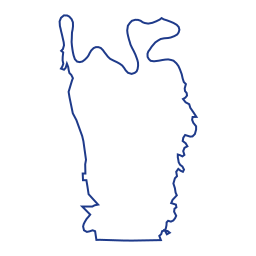 the district of Aratiba, Rio Grande do Sul, Brazil
{"feature_id": "56859067B33104884286181", "entity_name": "Aratiba", "entity_type": "district", "adm_level": 2, "iso_a3": "BRA", "parent_name": "Brazil", "parent_adm1": "Rio Grande do Sul", "projection": "natural_earth1", "projection_center": [-52.299, -27.381], "detail": "fine", "context": "isolated", "style": "outline", "palette": "blue", "viewbox_px": 256, "rotation_deg": 0, "n_neighbors": 0, "source": "geoboundaries", "source_scale": "gbopen_adm2", "svg_char_len": 2781}
<svg xmlns="http://www.w3.org/2000/svg" viewBox="0 0 256 256"><path d="M161.6,18.1L159.7,19.6L156.2,21.3L152.4,22.8L148.2,23.6L144.7,23.0L142.6,22.2L140.7,20.8L138.1,19.9L135.2,19.8L131.9,20.8L129.9,22.9L127.9,25.7L127.2,30.4L127.5,33.3L128.1,36.1L129.0,39.6L129.8,42.1L130.5,44.6L132.0,47.8L133.8,51.2L135.4,54.6L136.6,57.8L137.4,60.1L138.0,62.6L138.1,65.7L137.6,69.0L136.6,71.4L134.7,72.9L131.6,73.9L128.0,72.8L125.7,70.4L124.1,67.9L122.2,65.5L119.7,63.7L117.0,62.2L113.6,60.6L110.1,58.8L107.8,56.6L105.9,54.1L104.4,52.2L103.0,50.2L100.8,48.0L98.3,47.1L95.9,47.1L93.6,48.1L91.2,50.5L89.6,53.2L88.5,55.5L87.1,57.4L84.8,59.7L82.4,61.5L79.7,62.1L77.1,61.6L74.9,59.2L73.6,55.4L72.9,52.2L72.4,49.2L71.9,45.4L71.6,41.9L71.8,38.3L71.9,35.0L72.0,32.4L72.6,29.5L73.0,26.2L72.9,22.3L71.6,19.2L69.3,16.6L67.2,15.5L63.9,15.4L61.0,17.8L59.6,21.4L59.9,26.0L60.6,28.8L61.1,31.2L62.0,34.8L62.9,38.8L63.7,42.3L64.0,45.3L62.9,49.1L61.2,50.8L63.2,52.4L62.7,56.9L62.6,60.4L63.3,63.7L62.3,66.6L61.0,68.6L64.0,69.7L65.7,67.8L66.9,63.7L68.2,67.0L68.7,70.1L69.4,73.0L71.3,74.9L72.9,78.2L72.0,80.5L68.6,91.8L69.5,97.3L72.8,113.3L76.4,120.1L82.2,136.1L83.4,141.2L86.0,159.8L85.2,164.3L85.4,173.5L82.7,173.5L83.0,180.2L86.4,180.2L87.5,186.9L88.6,194.2L98.1,204.6L94.6,205.3L92.4,206.5L82.2,206.5L90.2,214.6L88.7,216.5L86.6,218.9L84.8,221.9L83.7,224.1L83.1,226.5L84.0,230.3L86.9,231.9L89.7,231.3L92.6,230.3L95.1,231.2L96.4,239.9L99.8,239.8L122.9,240.5L131.8,240.6L160.9,240.1L159.3,235.9L161.2,234.2L162.1,231.2L164.8,230.4L165.9,228.1L166.5,225.1L166.6,222.4L168.1,220.8L170.9,221.6L173.3,220.5L175.1,218.2L176.2,215.8L174.1,211.7L174.5,208.7L176.4,207.3L175.9,204.6L173.4,203.8L171.2,203.1L172.6,199.8L174.6,197.7L176.8,195.3L175.6,192.6L174.9,188.2L173.4,183.5L174.9,178.3L177.0,176.2L176.2,171.8L178.3,168.9L180.5,170.7L182.9,171.8L184.0,169.6L182.4,166.5L180.1,164.8L178.7,162.3L178.3,159.8L177.8,157.3L177.8,154.5L180.1,155.2L182.4,156.4L184.4,154.9L183.2,151.1L184.5,147.8L187.4,146.3L185.7,143.3L182.7,141.0L183.3,137.7L185.1,135.0L190.2,136.6L192.5,136.4L194.9,134.0L196.1,129.6L196.1,126.3L193.3,122.8L192.1,119.8L192.6,117.0L196.4,116.9L193.8,112.9L190.3,107.8L189.2,104.2L185.6,102.3L183.0,99.0L185.3,97.7L187.0,95.6L186.7,93.1L185.0,91.0L184.7,88.4L185.9,84.1L183.8,82.0L182.7,78.6L181.7,74.2L179.9,69.3L178.4,66.0L176.4,63.3L173.5,60.7L171.2,60.0L168.2,59.4L165.2,59.6L162.5,60.0L158.8,60.7L154.0,61.3L150.6,60.8L148.8,59.0L147.6,56.9L147.5,53.8L148.3,51.5L149.8,49.5L151.7,46.6L153.5,44.5L155.3,42.4L158.1,40.5L160.7,39.0L164.1,38.3L168.1,38.0L170.7,37.5L174.4,36.1L177.2,34.5L178.6,32.5L179.4,29.8L178.7,27.0L176.7,24.8L173.4,22.9L170.3,21.6L166.8,20.3L163.6,19.3L161.6,18.1ZM164.8,230.4L166.9,234.3L169.7,232.7L167.7,231.1L164.8,230.4Z" fill="none" stroke="#1e3a8a" stroke-width="2"/></svg>